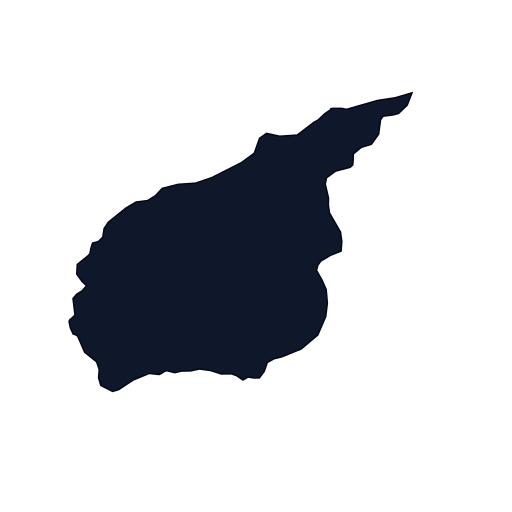 map outline of Tunceli (Equal Earth projection), rotated 342°
{"feature_id": "TUR-3045", "entity_name": "Tunceli", "entity_type": "Province", "adm_level": 1, "iso_a3": "TUR", "parent_name": "Turkey", "parent_adm1": "", "projection": "equal_earth", "projection_center": [39.524, 39.174], "detail": "fine", "context": "isolated", "style": "filled", "palette": "ink", "viewbox_px": 512, "rotation_deg": 342, "n_neighbors": 0, "source": "natural_earth", "source_scale": "10m", "svg_char_len": 1467}
<svg xmlns="http://www.w3.org/2000/svg" viewBox="0 0 512 512"><g transform="rotate(342 256 256)"><path d="M372.8,139.0L375.1,139.4L383.2,142.1L387.4,144.5L419.6,145.6L437.2,148.5L454.8,149.0L446.4,159.3L435.6,164.5L430.0,164.2L419.8,162.3L416.4,165.2L410.3,178.0L400.3,185.4L389.7,185.2L380.0,189.1L378.1,194.7L376.1,199.4L373.1,200.7L357.8,199.9L347.2,203.4L344.1,209.0L342.9,223.1L340.5,230.3L339.2,237.8L343.8,259.3L342.1,268.8L338.5,277.6L326.9,278.4L316.0,280.9L311.9,284.0L309.1,288.5L311.4,299.5L312.4,309.6L309.3,322.9L303.6,335.2L290.4,350.2L270.2,358.4L249.1,359.9L241.4,359.3L233.8,360.8L228.2,368.3L221.5,373.0L216.2,371.3L210.9,368.6L207.1,369.6L205.3,369.9L200.4,363.7L196.2,360.5L186.6,357.5L177.2,350.8L167.3,346.0L158.3,345.1L149.5,342.4L142.7,341.9L135.9,337.6L133.7,337.4L129.5,338.5L127.3,338.8L118.1,334.7L101.0,336.0L83.9,340.7L77.8,340.5L68.4,331.2L68.6,323.3L71.8,315.6L71.7,307.4L63.3,294.6L61.6,277.0L59.8,275.0L58.0,273.7L57.2,267.0L58.0,260.4L59.6,258.8L60.8,258.6L65.6,256.2L68.8,239.9L73.9,236.8L79.7,235.5L85.6,231.9L82.7,226.5L79.9,217.8L83.4,208.8L96.2,203.9L98.8,202.5L101.3,197.7L104.5,193.2L110.6,193.5L116.1,190.7L120.0,183.0L126.0,178.2L147.3,170.1L158.7,167.6L170.0,169.8L179.1,167.5L187.7,162.7L204.3,163.8L220.9,168.0L238.0,167.8L270.9,162.7L286.1,157.7L295.8,145.1L303.9,142.6L315.6,149.4L332.5,153.7L352.5,146.7L356.9,145.9L365.2,142.0L372.1,139.9L372.8,139.0Z" fill="#0f172a" stroke="#020617" stroke-width="1.5"/></g></svg>